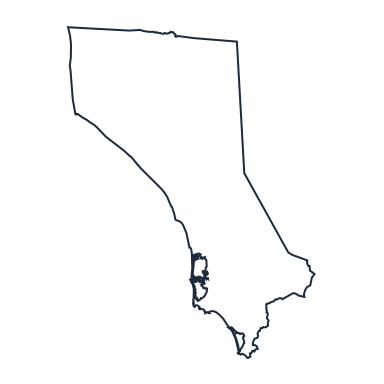 the district of Sveitarfélagið Hornafjörðu, Austurland, Iceland, rotated 89°
{"feature_id": "244011B97448762640394", "entity_name": "Sveitarfélagið Hornafjörðu", "entity_type": "district", "adm_level": 2, "iso_a3": "ISL", "parent_name": "Iceland", "parent_adm1": "Austurland", "projection": "albers", "projection_center": [-15.406, 64.234], "detail": "fine", "context": "isolated", "style": "outline", "palette": "slate", "viewbox_px": 384, "rotation_deg": 89, "n_neighbors": 0, "source": "geoboundaries", "source_scale": "gbopen_adm2", "svg_char_len": 6106}
<svg xmlns="http://www.w3.org/2000/svg" viewBox="0 0 384 384"><g transform="rotate(89 192 192)"><path d="M42.4,144.5L38.3,186.5L35.8,203.4L36.4,204.6L36.5,205.5L35.8,206.2L34.3,205.7L32.9,207.5L32.1,207.8L32.2,208.2L31.8,208.7L31.9,209.5L31.4,210.6L32.6,211.6L32.5,212.0L33.1,213.7L33.2,214.9L32.5,216.5L33.2,217.2L33.3,219.0L32.4,221.1L32.6,222.0L32.2,223.0L32.1,223.9L31.6,224.4L32.1,225.9L31.3,227.0L31.5,227.3L31.1,228.0L31.2,232.2L30.8,233.1L30.9,233.7L30.7,234.4L30.3,237.6L29.3,240.2L29.1,241.9L29.5,252.2L25.1,313.1L33.5,311.2L42.3,310.4L55.3,310.8L63.7,312.0L67.5,311.4L97.2,309.6L111.8,307.3L112.1,306.6L112.4,306.6L112.3,305.8L111.9,305.7L112.1,304.8L115.8,299.9L117.8,296.3L120.6,292.7L123.2,288.6L125.7,285.9L135.3,277.1L149.8,258.9L154.7,253.9L155.6,252.4L165.0,244.9L166.0,243.7L166.7,243.5L188.4,222.5L192.1,219.6L196.4,216.9L206.2,213.0L206.7,212.2L214.6,209.9L219.2,209.1L219.8,208.3L221.2,204.8L222.9,202.7L225.2,201.4L233.2,198.2L247.4,195.6L247.3,195.0L248.8,193.9L252.9,193.3L267.6,193.0L278.4,194.2L279.8,194.9L279.8,195.3L280.7,194.8L279.6,194.6L277.9,193.3L277.1,192.1L276.1,191.6L275.3,192.3L273.6,192.7L263.1,191.4L262.4,191.7L262.0,191.6L262.4,191.5L262.2,191.3L260.6,190.8L260.2,190.0L259.2,191.0L259.7,191.8L258.3,191.7L258.1,191.1L257.7,191.0L256.6,191.2L256.4,191.5L256.4,192.1L255.3,192.1L253.6,186.2L254.7,185.2L254.3,184.9L254.5,184.5L255.8,185.8L256.3,184.8L257.3,184.4L256.9,184.2L257.0,183.8L257.7,183.2L257.8,184.0L258.4,184.3L258.2,183.4L258.8,182.9L258.0,182.5L258.3,181.4L257.5,180.9L257.7,180.7L257.6,180.4L258.6,180.9L260.0,178.9L266.9,178.6L267.8,179.5L270.6,179.9L271.4,181.2L271.2,182.4L271.9,182.8L273.0,182.4L273.5,181.9L273.6,181.1L272.0,178.2L273.1,177.9L274.1,179.0L274.0,179.7L274.3,179.7L274.7,179.3L274.4,177.8L274.7,177.9L275.0,178.5L275.1,179.5L274.4,180.9L274.5,181.4L274.3,181.7L275.5,180.7L275.9,181.2L276.4,181.1L276.3,180.5L276.5,180.1L277.5,179.6L279.0,177.8L278.8,177.5L279.5,177.4L278.3,179.3L278.8,179.4L278.0,179.8L277.3,180.7L278.1,181.4L278.8,181.4L278.0,181.9L278.2,182.3L278.8,182.4L277.9,183.2L278.1,184.1L277.4,184.8L278.4,185.3L276.8,186.1L276.8,186.5L277.2,186.3L277.5,186.8L277.0,187.2L277.5,188.1L277.3,189.6L278.1,189.6L277.9,190.8L278.1,190.9L277.7,191.2L277.9,191.3L277.7,192.0L280.1,190.3L278.5,189.9L279.0,189.5L280.1,190.0L280.2,189.6L279.9,189.3L280.1,188.9L279.8,188.8L280.1,188.2L279.6,188.5L278.7,188.0L279.1,187.6L278.9,187.3L279.2,186.9L279.6,187.1L279.8,186.7L280.3,187.1L279.9,187.8L280.3,187.9L281.1,187.0L280.6,186.6L280.7,186.3L281.3,186.1L281.5,186.6L282.0,186.1L281.7,185.7L281.8,185.4L281.6,185.0L281.8,184.9L280.8,184.4L280.9,183.6L279.1,183.1L279.7,182.1L280.8,181.4L281.0,181.5L280.8,181.9L281.5,182.0L281.8,182.2L281.7,182.5L282.1,182.6L283.0,181.3L283.7,181.0L283.8,181.5L283.3,181.8L282.9,182.9L283.9,182.4L283.8,182.8L284.0,183.1L283.8,183.4L284.7,183.4L284.9,184.0L285.2,183.5L285.8,183.3L286.1,182.5L286.2,183.4L285.8,184.0L286.0,184.1L287.0,182.7L287.7,182.4L287.9,181.9L288.3,182.0L288.4,181.6L288.0,181.2L288.6,180.4L288.3,180.5L288.5,180.0L288.4,179.4L288.8,178.6L292.4,179.1L295.9,181.0L297.7,182.8L297.8,183.4L298.8,184.4L299.0,184.9L298.8,185.1L299.3,185.2L301.1,188.0L300.4,188.5L299.7,188.4L299.7,189.1L299.2,189.5L298.9,188.7L298.3,188.5L297.6,189.3L298.3,190.0L298.0,190.5L292.2,190.1L290.6,190.6L289.8,190.2L289.6,190.6L286.5,191.0L283.9,192.1L281.9,192.1L280.1,193.4L279.8,193.8L280.0,194.1L281.5,193.1L282.6,193.3L282.9,193.9L283.8,193.1L288.7,191.9L298.7,192.2L299.4,192.7L301.0,192.2L301.9,192.8L302.5,192.4L303.5,192.8L303.6,192.4L303.4,192.2L303.7,192.1L304.3,192.6L306.5,192.2L306.9,191.2L305.5,190.6L305.3,190.1L305.4,188.9L306.0,187.7L307.6,186.2L308.6,186.1L308.8,186.4L308.6,186.9L309.1,186.8L309.3,186.2L309.2,184.5L309.4,184.1L309.3,183.4L309.8,182.3L311.0,181.4L311.6,181.7L311.9,181.2L313.5,180.9L312.3,179.0L313.1,177.5L313.4,177.5L313.4,176.8L312.8,177.3L312.0,176.7L311.4,174.1L311.7,172.1L312.6,170.0L314.6,167.4L319.1,163.1L327.7,157.7L328.2,157.1L327.9,156.5L329.1,155.6L329.0,154.9L328.2,154.6L328.4,154.2L329.1,154.1L329.4,153.3L331.4,151.7L332.3,150.4L334.0,150.4L333.9,149.4L333.4,148.7L333.8,147.6L334.6,146.9L334.5,146.4L334.8,146.0L334.7,145.5L334.2,145.2L334.5,143.3L336.7,142.2L337.1,142.3L337.5,143.2L338.5,143.2L339.0,143.7L341.3,142.7L342.9,142.8L343.8,142.2L344.9,143.2L347.7,144.3L350.2,146.4L352.1,146.8L353.0,147.7L346.5,148.5L340.6,150.0L334.4,152.4L330.2,154.6L328.6,156.9L328.6,157.5L330.0,155.7L332.0,154.2L339.5,151.0L350.8,148.4L353.4,148.2L353.7,149.0L354.2,149.0L355.3,146.3L355.0,146.1L355.1,145.1L354.6,144.6L354.8,144.1L356.5,141.4L358.8,139.6L358.6,139.3L358.9,138.6L357.6,137.0L357.6,136.5L354.4,136.9L354.1,135.4L351.9,134.5L351.7,134.0L351.8,133.4L352.6,132.4L350.5,131.3L350.0,129.0L347.2,130.1L346.2,131.8L346.1,133.8L344.0,133.8L340.1,132.2L339.6,131.5L338.9,129.1L336.9,128.5L334.5,128.9L332.2,127.6L332.0,126.6L329.3,125.7L329.4,124.9L329.2,123.9L328.2,123.2L328.6,121.6L328.4,120.3L326.9,118.3L324.3,118.5L321.9,117.7L319.5,119.3L315.0,118.3L314.0,118.7L313.6,119.6L311.8,119.2L309.9,119.8L308.4,119.5L305.7,119.8L305.2,119.4L305.2,118.5L304.7,117.8L304.4,116.2L303.5,115.1L302.9,112.5L300.8,110.4L301.0,109.1L299.8,106.9L299.8,104.5L300.8,103.5L295.1,93.1L295.0,91.6L295.7,89.7L297.7,86.6L298.2,83.9L298.6,83.0L298.9,81.4L296.3,81.9L291.6,80.4L289.1,78.6L287.4,75.4L279.6,73.6L276.2,70.9L272.6,75.4L268.1,75.7L267.9,76.9L267.5,77.3L264.4,78.3L262.4,77.9L256.7,92.7L254.1,96.8L174.1,139.4L42.4,144.5ZM258.4,190.4L259.2,190.0L259.5,189.0L259.1,188.1L258.1,188.8L257.5,190.0L258.4,190.4ZM257.6,188.4L258.7,188.1L259.0,187.4L258.4,186.9L257.4,187.5L257.6,188.4ZM256.4,190.2L256.7,189.6L256.6,189.0L256.0,188.4L255.4,188.7L255.4,189.2L256.4,190.2ZM280.5,192.3L278.9,191.8L279.0,192.2L278.6,192.3L279.4,193.0L280.5,192.3ZM281.9,189.6L280.9,188.8L280.9,189.3L280.5,189.4L280.7,189.7L280.4,189.9L280.5,190.1L281.1,189.9L280.6,190.6L280.8,190.8L282.0,190.0L281.9,189.6ZM256.4,188.2L256.6,187.5L256.5,187.1L255.2,188.2L256.4,188.2ZM257.0,190.7L255.9,190.6L255.5,191.2L257.0,190.7Z" fill="none" stroke="#1e293b" stroke-width="2"/></g></svg>